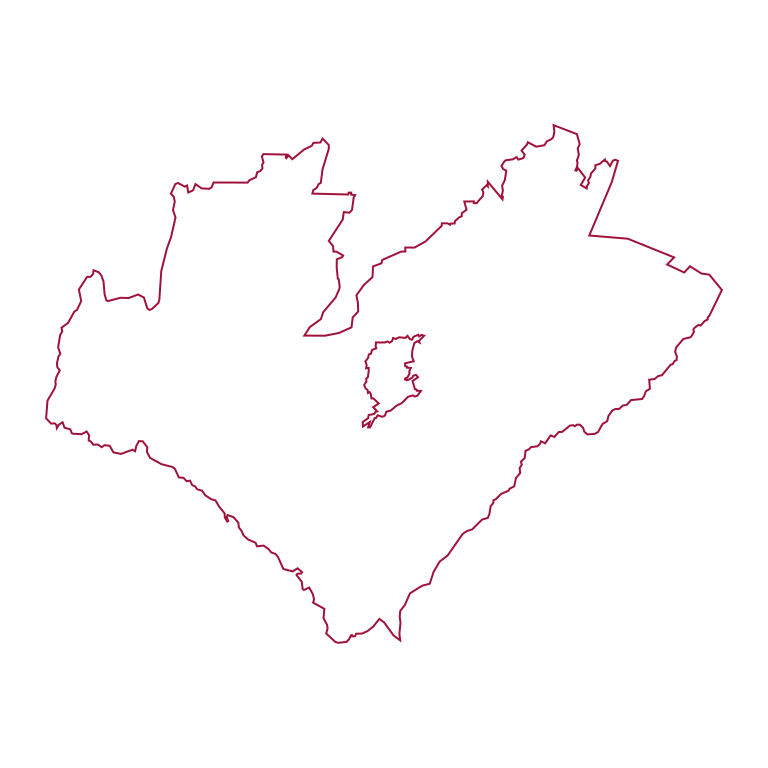 Simalungun, Sumatera Utara, Indonesia
{"feature_id": "22746128B18371020983209", "entity_name": "Simalungun", "entity_type": "district", "adm_level": 2, "iso_a3": "IDN", "parent_name": "Indonesia", "parent_adm1": "Sumatera Utara", "projection": "robinson", "projection_center": [99.096, 2.951], "detail": "fine", "context": "isolated", "style": "outline", "palette": "rose", "viewbox_px": 768, "rotation_deg": 0, "n_neighbors": 0, "source": "geoboundaries", "source_scale": "gbopen_adm2", "svg_char_len": 6086}
<svg xmlns="http://www.w3.org/2000/svg" viewBox="0 0 768 768"><path d="M709.5,315.5L721.9,290.0L709.3,274.6L701.6,273.6L690.0,266.3L684.2,272.5L667.1,264.5L674.1,257.4L627.7,238.7L589.3,235.5L611.8,182.0L618.0,160.9L615.4,159.7L612.9,160.6L610.0,166.1L606.9,161.6L605.2,161.1L604.9,159.5L599.7,163.9L595.4,165.2L595.3,168.6L591.0,173.5L590.3,177.0L588.1,180.3L588.9,183.2L586.9,186.1L586.7,188.5L580.8,185.0L585.2,177.6L578.0,168.2L576.3,170.8L575.4,170.4L576.9,167.1L577.6,162.9L576.9,160.5L578.9,154.9L577.7,148.5L579.7,144.1L576.9,134.1L553.6,125.2L554.4,132.1L553.2,137.1L551.5,139.1L546.8,141.4L544.4,145.2L536.2,146.7L527.9,142.3L526.8,144.8L521.6,150.5L524.7,154.8L523.3,158.1L518.3,159.6L516.6,157.1L513.0,159.3L505.6,160.3L504.5,161.3L501.5,165.9L503.2,169.1L506.3,170.7L504.8,180.2L502.1,185.7L502.9,190.7L501.8,195.5L502.9,196.7L502.5,199.4L487.8,181.7L487.8,186.3L486.8,185.0L482.1,189.6L483.4,192.3L482.8,196.0L476.5,203.2L473.8,203.1L473.8,201.4L464.3,201.5L466.5,209.8L461.8,213.2L461.7,216.3L459.1,217.4L454.9,221.2L454.6,223.5L450.7,223.5L450.1,224.8L447.6,223.3L441.9,223.3L441.6,225.9L425.6,241.4L414.5,247.6L405.3,247.5L405.3,251.6L401.1,251.6L383.4,259.4L382.1,260.1L381.5,263.3L373.1,266.4L372.5,277.1L364.0,284.8L356.4,295.3L357.9,302.7L358.2,311.5L352.7,317.4L351.5,327.4L338.8,333.0L325.1,335.7L304.4,335.6L309.8,327.1L320.9,319.1L323.2,312.2L335.6,297.5L339.2,289.2L339.7,286.6L338.7,279.3L337.8,278.7L336.7,267.7L336.8,259.3L342.3,257.1L343.1,255.5L336.4,251.6L333.5,251.6L333.0,245.9L328.8,240.9L342.7,219.6L343.8,212.1L349.5,212.7L352.0,209.9L353.7,197.5L355.1,195.1L351.1,194.6L351.2,192.6L348.6,192.7L348.2,194.5L312.4,193.6L313.3,190.1L316.7,187.9L318.6,184.1L320.8,182.9L322.5,169.5L328.8,148.8L328.8,145.0L322.5,138.6L320.4,142.5L313.4,142.9L311.7,145.9L304.1,149.5L292.3,159.2L288.7,155.4L286.3,158.2L285.7,157.3L286.9,154.6L263.4,154.1L261.9,156.4L263.5,162.6L262.1,164.7L262.4,168.6L260.2,171.2L257.2,172.2L255.9,177.2L249.4,180.3L247.6,182.6L213.6,182.5L211.5,187.5L209.1,188.8L201.7,188.4L195.5,184.1L193.1,190.3L188.3,192.5L187.0,185.5L184.8,186.6L177.9,183.0L175.3,184.1L170.9,193.7L173.7,196.6L174.8,201.4L173.0,210.1L175.5,217.5L171.1,236.9L166.8,248.9L161.3,271.0L159.3,300.1L158.3,303.1L151.9,309.0L149.5,310.0L147.3,308.3L143.9,297.5L138.1,294.5L128.8,298.0L120.3,297.8L107.9,301.1L106.3,300.3L104.6,294.2L103.5,281.4L101.3,275.4L98.9,272.3L93.6,270.3L93.1,273.9L90.5,276.9L87.1,276.9L78.9,289.5L81.2,301.1L77.1,309.7L74.2,311.8L68.0,323.0L61.5,327.7L62.3,331.4L60.2,334.9L58.1,347.3L60.3,353.8L58.4,356.6L56.9,363.7L57.4,367.4L59.8,370.4L56.5,376.6L55.4,380.9L55.7,384.8L54.5,388.7L47.5,400.6L46.1,418.3L51.1,423.6L54.6,423.3L56.5,425.0L56.8,428.1L59.1,424.5L62.6,422.3L64.5,427.7L70.4,429.4L71.7,433.1L72.8,433.7L81.6,434.2L86.6,431.5L89.1,435.2L88.7,440.4L91.0,441.6L93.2,444.7L97.9,444.5L101.7,447.2L104.5,445.2L109.7,445.8L113.4,452.4L121.0,453.9L132.5,449.7L135.1,451.2L136.3,446.0L138.9,441.1L142.7,441.3L147.3,447.2L146.9,451.9L150.2,458.0L161.5,464.2L172.5,467.0L174.9,468.9L178.9,477.5L183.5,477.8L186.6,481.2L190.0,480.6L192.3,485.3L194.8,486.1L197.3,489.3L202.0,490.7L205.2,495.2L211.3,499.3L215.5,500.4L219.1,506.6L224.7,513.5L224.8,517.4L227.3,521.6L228.2,521.1L226.7,517.1L227.6,515.1L233.6,517.2L238.4,522.8L238.8,527.4L241.6,530.9L243.5,535.4L248.1,539.5L255.6,542.8L257.0,546.3L263.6,545.6L268.5,549.0L271.2,552.4L275.6,554.0L277.9,556.8L283.4,569.0L292.6,571.4L297.6,568.3L302.1,572.2L301.0,573.6L297.5,573.7L296.5,575.0L301.8,581.8L302.6,588.9L303.9,590.0L309.2,587.6L312.8,594.1L314.1,599.5L313.1,602.6L324.4,608.9L323.5,618.1L327.0,624.7L327.6,628.2L326.2,633.5L335.3,641.9L338.2,642.8L346.5,641.9L348.9,639.5L350.9,635.3L351.8,635.1L351.9,636.4L354.9,636.3L356.2,633.7L361.9,633.6L367.5,631.1L373.1,626.7L379.4,618.9L384.1,622.4L393.7,635.6L400.2,640.4L399.4,633.9L400.5,622.4L399.7,616.9L400.2,611.0L404.8,605.1L410.0,593.3L422.2,585.7L429.8,583.7L433.5,572.1L439.6,561.6L447.7,555.4L462.7,533.9L467.0,531.0L472.2,529.4L482.0,519.6L487.8,517.9L489.3,514.5L490.6,506.2L493.1,503.3L493.6,500.1L495.7,499.3L501.1,493.9L508.5,490.7L509.5,488.8L514.2,486.3L516.0,478.0L520.2,473.0L519.6,468.1L521.8,464.6L520.9,461.7L524.8,457.9L525.5,450.8L528.8,449.4L531.1,447.1L537.4,446.3L540.0,443.9L540.9,441.3L545.2,443.3L550.6,435.4L554.3,437.0L558.8,432.0L562.2,431.9L569.9,425.6L573.1,425.2L574.9,426.2L576.9,424.7L579.8,424.7L583.1,427.8L584.3,431.7L587.4,434.4L594.6,433.9L598.0,432.1L602.5,424.0L607.2,421.2L608.4,416.1L612.3,410.5L615.6,408.9L618.9,409.1L622.9,405.5L626.7,404.9L631.0,400.1L642.1,399.0L644.2,396.0L645.8,391.3L649.9,388.8L649.2,379.7L654.6,379.0L658.1,376.1L662.0,375.2L670.5,364.8L672.7,364.1L674.5,361.1L676.6,360.0L676.9,356.7L675.1,351.6L676.2,347.4L683.4,338.9L689.9,337.5L691.5,336.2L694.0,331.9L693.3,329.7L694.5,327.9L698.4,324.9L700.7,325.6L704.6,321.0L707.7,319.5L707.6,317.9L709.5,315.5ZM418.3,334.7L419.1,336.4L421.5,334.9L424.1,335.7L419.0,340.8L419.5,342.5L417.3,341.2L414.4,343.0L412.3,350.5L412.0,356.5L413.7,361.3L405.1,363.3L405.2,366.2L407.1,366.7L407.1,367.7L410.8,367.9L409.2,371.7L409.6,373.6L407.3,377.6L405.5,378.1L405.0,379.5L406.8,380.2L409.3,379.4L412.4,377.5L413.3,375.6L416.2,375.0L418.0,377.3L412.5,381.0L413.9,385.6L415.0,389.2L416.6,389.6L416.8,390.7L420.9,391.0L417.4,395.7L414.8,396.5L413.0,395.4L408.0,396.8L401.7,403.2L396.8,405.5L390.8,410.5L386.2,411.8L385.1,415.3L383.8,416.3L381.9,416.7L377.7,415.3L375.9,418.1L374.7,418.1L370.1,427.3L368.1,427.4L369.8,422.0L363.0,426.5L362.7,421.9L368.0,418.4L368.7,415.1L374.2,413.9L375.5,411.9L377.2,411.4L373.2,407.2L378.7,403.5L373.4,398.4L371.4,398.4L370.8,394.0L369.4,392.0L368.0,392.9L367.6,390.2L365.3,388.0L364.2,384.9L366.1,381.9L366.3,382.7L366.3,378.6L367.9,377.1L368.7,371.1L368.7,367.9L366.1,368.3L366.7,365.3L365.4,361.3L368.1,357.9L368.8,354.5L371.0,353.7L372.0,350.0L376.3,348.3L375.6,346.2L376.0,342.4L384.9,342.5L387.5,341.5L389.6,342.7L392.1,341.0L393.1,338.0L395.6,339.0L399.1,337.3L405.5,337.9L407.5,335.8L410.0,339.2L412.2,339.6L413.4,336.9L418.3,334.7Z" fill="none" stroke="#9f1239" stroke-width="2"/></svg>